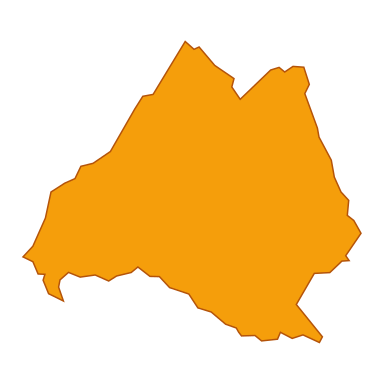 Newberry, South Carolina, United States of America
{"feature_id": "52423323B77423065564035", "entity_name": "Newberry", "entity_type": "district", "adm_level": 2, "iso_a3": "USA", "parent_name": "United States of America", "parent_adm1": "South Carolina", "projection": "mercator", "projection_center": [-81.608, 34.303], "detail": "fine", "context": "isolated", "style": "filled", "palette": "amber", "viewbox_px": 384, "rotation_deg": 0, "n_neighbors": 0, "source": "geoboundaries", "source_scale": "gbopen_adm2", "svg_char_len": 997}
<svg xmlns="http://www.w3.org/2000/svg" viewBox="0 0 384 384"><path d="M277.5,339.2L280.4,332.3L292.2,338.4L303.0,334.9L319.4,342.5L322.4,336.8L296.3,304.5L314.3,273.4L329.8,272.6L341.9,261.1L349.1,260.6L345.7,255.7L361.0,233.3L353.8,220.5L347.3,215.4L348.7,200.4L341.0,192.0L334.3,177.1L331.3,160.2L319.0,137.1L317.4,128.1L304.8,93.6L309.3,84.4L303.8,67.2L293.0,66.4L284.7,72.0L279.1,67.4L270.7,70.0L240.2,99.3L231.8,87.0L234.0,78.6L214.7,65.4L199.1,47.0L194.0,49.3L185.2,41.5L153.1,94.4L142.8,96.3L134.9,108.8L110.4,151.5L93.1,163.3L80.9,166.3L75.0,178.6L64.7,183.2L51.0,192.0L45.4,218.1L32.9,246.2L23.0,256.9L32.9,261.7L38.1,274.0L44.9,274.3L43.1,280.2L48.6,293.7L63.4,301.0L58.6,287.1L60.0,279.9L68.5,272.4L80.2,277.1L95.2,275.0L108.7,281.0L116.6,276.0L131.2,272.5L137.9,267.0L150.0,276.4L159.4,276.6L169.6,287.6L188.8,294.0L197.9,307.9L211.2,312.0L225.6,324.2L236.3,328.0L238.6,332.1L241.5,335.9L255.0,335.5L261.6,340.9L277.5,339.2Z" fill="#f59e0b" stroke="#b45309" stroke-width="1.5"/></svg>